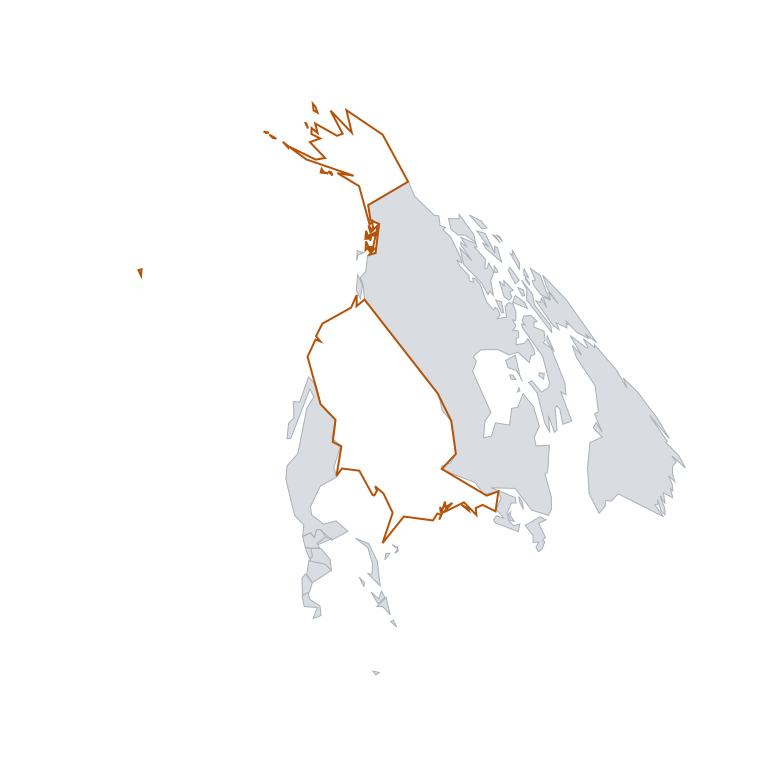 United States of America highlighted on a map of North America, rotated 53°
{"feature_id": "USA", "entity_name": "United States of America", "entity_type": "country or territory", "adm_level": 0, "iso_a3": "USA", "parent_name": "North America", "parent_adm1": "", "projection": "robinson", "projection_center": [-126.716, 45.186], "detail": "medium", "context": "in_parent", "style": "outline", "palette": "amber", "viewbox_px": 768, "rotation_deg": 53, "n_neighbors": 17, "source": "natural_earth", "source_scale": "50m", "svg_char_len": 9391}
<svg xmlns="http://www.w3.org/2000/svg" viewBox="0 0 768 768"><g transform="rotate(53 384 384)"><path d="M304.6,348.8L292.5,341.1L284.8,338.9L283.1,330.8L272.1,320.4L274.4,311.8L253.2,291.6L245.0,296.2L231.6,289.0L237.0,242.7L252.6,246.6L279.3,242.4L282.8,239.1L291.3,243.8L296.0,240.6L296.5,244.2L306.5,242.3L329.1,246.6L334.2,249.0L329.4,251.4L336.1,252.4L348.8,251.0L353.1,253.9L356.7,251.5L352.7,249.4L354.8,247.8L361.9,247.1L380.0,252.6L390.9,252.0L389.7,249.0L392.7,248.2L398.8,249.8L399.9,254.3L404.5,245.8L395.2,240.9L394.0,235.9L397.1,232.6L406.1,235.4L412.6,240.5L410.2,242.8L417.1,243.7L418.6,248.7L422.2,244.9L427.5,248.0L427.6,251.5L432.2,254.8L436.1,247.2L434.4,241.9L445.1,243.0L450.9,245.4L450.3,250.3L454.3,255.2L439.1,257.9L436.2,266.5L425.1,272.3L415.0,286.0L415.6,296.0L421.6,296.8L427.4,305.7L471.1,315.8L474.5,325.8L486.9,336.8L490.3,329.6L482.0,318.3L492.3,308.6L480.3,296.7L483.1,291.3L475.5,278.8L491.7,278.2L511.1,285.2L516.8,295.9L524.9,299.8L532.4,288.8L552.9,306.3L552.8,309.6L575.2,318.5L584.9,325.8L587.8,331.8L573.5,342.0L546.3,342.1L531.5,360.7L553.8,347.5L558.5,350.2L555.6,353.9L561.5,363.9L568.1,366.6L575.2,365.8L577.5,359.7L582.7,365.6L562.0,378.7L558.5,378.3L557.0,373.6L563.4,369.0L551.7,369.9L545.6,359.3L538.6,357.3L532.5,370.6L517.6,370.6L487.8,389.0L484.3,387.4L487.0,378.5L483.1,368.7L454.2,352.6L440.2,353.5L425.3,346.7L304.6,348.8ZM452.5,278.2L454.6,275.8L459.9,275.9L456.6,279.6L452.5,278.2ZM448.7,228.6L443.3,224.6L460.8,228.5L453.3,228.3L448.7,228.6ZM470.7,282.3L468.3,278.5L471.3,279.6L470.7,282.3ZM398.1,218.8L396.8,220.6L387.5,219.0L392.9,216.0L398.1,218.8ZM393.0,208.3L385.5,208.1L384.2,207.0L390.7,207.0L393.0,208.3ZM375.8,202.7L386.1,204.6L381.4,206.9L375.8,202.7ZM444.1,219.1L402.3,219.4L394.9,213.3L383.7,211.5L401.5,211.4L411.6,216.2L437.9,215.8L444.1,219.1ZM332.2,206.1L341.4,206.3L329.9,207.4L332.2,206.1ZM335.5,202.8L341.5,203.8L332.5,204.6L335.5,202.8ZM590.0,336.3L588.3,344.3L603.7,347.4L603.9,351.4L606.6,350.5L610.9,356.8L610.8,361.6L605.7,360.8L603.5,355.6L600.1,360.3L594.9,356.3L581.9,356.4L583.9,339.5L590.0,336.3ZM440.0,261.8L459.3,270.5L465.2,271.8L453.2,269.9L445.7,275.1L438.4,272.7L440.0,261.8ZM446.9,232.0L455.5,228.9L492.3,239.0L502.1,245.2L496.7,247.5L526.6,256.4L523.8,265.4L509.9,258.7L505.4,259.3L506.3,262.0L524.8,273.4L525.2,277.0L508.3,271.7L522.5,280.8L511.1,278.8L483.4,267.0L469.6,267.5L470.6,263.9L485.1,263.2L485.9,254.4L481.8,250.6L457.2,240.6L422.3,239.5L418.8,237.9L421.7,235.8L416.7,235.8L413.9,231.2L417.9,225.3L426.2,224.1L424.8,227.0L428.7,229.9L438.1,224.4L446.1,229.0L446.9,232.0ZM392.2,225.8L403.4,222.8L410.2,223.9L396.2,232.0L392.2,225.8ZM300.5,214.1L312.2,208.3L321.4,207.8L319.1,212.4L300.5,214.1ZM261.3,325.1L266.9,321.3L265.5,327.3L269.0,331.6L261.3,325.1ZM353.8,200.9L369.0,203.0L373.8,206.7L355.8,204.7L358.5,203.5L353.8,200.9ZM301.7,351.5L292.4,349.7L280.8,339.2L292.0,341.7L301.7,351.5ZM293.9,221.9L318.7,222.4L325.9,225.6L313.6,229.9L309.7,235.1L300.6,237.3L290.6,232.9L297.2,224.7L293.9,221.9ZM343.3,211.3L357.3,216.7L336.5,221.3L330.8,220.0L337.4,218.0L317.7,217.8L324.6,212.6L346.2,216.8L340.6,212.8L343.3,211.3ZM350.4,227.4L361.0,229.2L365.9,236.8L379.3,243.3L373.6,243.7L375.4,247.3L362.3,245.3L336.3,248.4L321.2,241.5L338.4,239.7L318.9,238.9L316.9,237.2L324.9,235.4L313.3,234.3L327.1,226.3L330.7,227.2L329.2,229.3L345.3,227.9L352.3,233.9L353.7,232.0L350.4,227.4ZM378.0,229.1L373.5,226.1L387.1,224.3L385.8,227.8L391.6,229.7L392.2,233.8L387.0,235.6L371.2,230.0L378.0,229.1ZM356.1,225.0L360.6,224.9L363.4,225.9L361.0,228.8L356.1,225.0ZM366.6,213.2L382.5,213.5L382.9,218.7L367.8,216.4L366.6,213.2ZM379.8,197.5L391.2,193.9L414.9,200.8L406.9,205.1L394.7,204.9L390.6,203.2L392.1,200.6L379.8,197.5ZM392.5,191.8L426.3,187.7L478.9,189.3L465.0,193.1L471.5,193.0L459.0,198.9L442.6,200.8L447.2,201.4L445.5,202.1L449.4,204.1L438.8,209.6L445.9,211.4L438.7,213.8L409.0,212.6L413.2,209.7L410.1,206.7L421.4,208.2L410.2,204.8L417.1,200.7L409.6,197.2L424.7,196.5L407.0,196.3L392.5,191.8ZM476.2,253.6L470.4,255.3L468.5,252.9L472.0,249.6L476.2,253.6ZM388.9,240.7L399.4,245.6L397.6,247.3L384.2,244.2L388.9,240.7ZM555.0,344.0L562.4,344.9L568.1,348.2L559.8,346.6L555.0,344.0ZM562.2,359.5L564.5,362.2L572.0,362.7L569.1,365.3L562.7,363.0L562.2,359.5Z" fill="#d9dde1" stroke="#a8b0b8" stroke-width="1"/><path d="M555.1,511.8L555.9,521.1L542.3,519.5L552.5,517.6L547.9,510.7L555.1,511.8Z" fill="#d9dde1" stroke="#a8b0b8" stroke-width="1"/><path d="M557.5,523.6L555.7,510.8L572.1,518.0L560.8,519.0L557.5,523.6Z" fill="#d9dde1" stroke="#a8b0b8" stroke-width="1"/><path d="M517.0,474.2L521.8,471.9L522.1,473.3L517.0,474.2ZM522.0,470.8L526.0,473.3L525.7,477.3L524.5,473.6L522.0,470.8ZM520.5,484.6L522.7,481.2L525.0,489.1L520.5,484.6Z" fill="#d9dde1" stroke="#a8b0b8" stroke-width="1"/><path d="M523.3,189.3L543.3,186.3L576.9,186.4L599.1,189.0L569.0,190.7L600.5,192.3L600.2,194.2L618.4,191.7L632.5,193.8L614.7,197.4L622.0,197.6L623.5,203.2L629.7,207.8L637.2,210.5L628.7,212.0L637.6,214.2L643.1,217.7L640.0,218.1L648.6,221.9L639.1,226.4L648.7,231.4L639.4,230.8L652.6,234.7L657.7,238.3L652.3,239.2L640.9,234.9L645.2,237.9L643.4,240.3L658.1,240.7L612.7,263.1L614.2,273.0L610.5,277.0L614.6,280.9L616.7,290.0L595.1,286.2L573.9,272.3L554.7,254.8L557.6,241.7L545.0,243.2L542.3,237.6L553.6,238.8L534.5,233.8L535.3,229.6L512.9,216.6L478.5,214.3L466.3,210.4L480.1,208.9L457.3,206.1L477.2,200.5L477.2,199.0L467.8,197.6L481.8,193.7L479.2,192.2L513.3,190.0L533.8,192.5L523.3,189.3Z" fill="#d9dde1" stroke="#a8b0b8" stroke-width="1"/><path d="M332.9,440.0L344.2,439.0L362.0,446.7L383.2,444.4L396.2,458.3L406.9,455.4L420.6,474.5L429.8,477.3L427.3,496.5L437.8,516.7L445.1,520.6L459.6,516.5L464.5,504.6L479.9,501.5L477.2,519.9L461.9,522.4L459.9,525.6L465.0,532.2L458.8,532.2L456.8,540.8L448.4,532.9L435.3,534.5L400.9,519.7L390.9,510.5L387.8,494.7L356.8,460.1L352.0,447.6L343.5,446.4L371.4,491.3L369.3,494.4L357.8,483.7L357.0,476.5L343.5,467.0L347.7,462.2L332.9,440.0Z" fill="#d9dde1" stroke="#a8b0b8" stroke-width="1"/><path d="M531.0,573.6L528.7,581.7L522.3,571.8L513.8,581.7L504.0,577.0L503.4,569.1L510.9,573.0L522.7,568.7L531.0,573.6Z" fill="#d9dde1" stroke="#a8b0b8" stroke-width="1"/><path d="M505.3,568.6L503.4,576.1L489.9,566.5L488.4,561.2L499.6,560.9L505.3,568.6Z" fill="#d9dde1" stroke="#a8b0b8" stroke-width="1"/><path d="M499.6,560.9L489.4,560.1L479.4,549.9L492.5,539.3L501.1,538.2L499.6,560.9Z" fill="#d9dde1" stroke="#a8b0b8" stroke-width="1"/><path d="M501.1,538.2L492.5,539.3L481.2,549.5L470.9,541.4L477.6,533.3L491.8,532.6L501.1,538.2Z" fill="#d9dde1" stroke="#a8b0b8" stroke-width="1"/><path d="M470.9,541.4L479.0,545.0L478.2,548.5L467.4,545.3L470.9,541.4Z" fill="#d9dde1" stroke="#a8b0b8" stroke-width="1"/><path d="M456.8,540.8L458.8,532.2L465.0,532.2L459.9,525.6L461.9,522.4L471.0,522.5L471.1,533.2L476.1,534.1L470.9,541.4L467.4,545.3L456.8,540.8Z" fill="#d9dde1" stroke="#a8b0b8" stroke-width="1"/><path d="M471.0,522.5L475.9,519.4L472.6,533.2L471.1,533.2L471.0,522.5Z" fill="#d9dde1" stroke="#a8b0b8" stroke-width="1"/><path d="M578.1,518.5L585.6,520.1L577.9,521.7L578.1,518.5Z" fill="#d9dde1" stroke="#a8b0b8" stroke-width="1"/><path d="M523.5,520.1L530.4,519.1L534.0,522.0L523.5,520.1Z" fill="#d9dde1" stroke="#a8b0b8" stroke-width="1"/><path d="M502.4,492.3L521.7,496.1L542.9,508.6L525.7,511.0L528.7,507.9L520.3,501.2L505.0,495.4L489.9,499.6L502.4,492.3Z" fill="#d9dde1" stroke="#a8b0b8" stroke-width="1"/><path d="M606.6,565.7L611.5,561.4L611.6,565.6L606.6,565.7Z" fill="#d9dde1" stroke="#a8b0b8" stroke-width="1"/><path d="M486.6,389.0L534.9,369.2L538.6,357.2L552.8,371.6L539.9,378.0L538.3,385.4L544.2,389.0L526.6,391.4L522.3,414.2L520.1,401.0L519.4,409.0L514.7,406.1L520.8,414.8L520.3,415.1L519.0,413.8L516.0,413.2L520.0,415.6L522.3,415.5L525.6,421.6L522.8,417.0L519.6,419.4L522.4,427.1L501.8,447.9L510.2,480.9L492.1,454.6L471.1,450.3L460.4,452.6L465.0,453.9L467.2,458.7L465.6,459.9L438.4,455.9L426.2,468.4L428.8,477.3L408.2,455.6L399.5,459.8L383.5,444.3L361.9,446.8L316.2,428.6L307.3,412.0L311.7,409.2L304.9,409.5L298.7,396.9L303.2,364.3L296.5,352.2L305.4,359.1L304.8,348.8L423.9,346.8L454.2,352.6L483.1,368.7L486.6,389.0ZM274.3,311.9L271.9,317.8L270.2,310.9L267.1,312.0L265.6,313.6L268.1,310.3L253.5,293.5L254.2,299.6L246.9,295.5L248.1,299.6L211.0,284.8L187.5,294.3L199.4,282.9L157.9,310.9L136.4,317.4L163.7,303.5L168.1,295.0L146.2,297.6L149.6,287.1L140.7,291.5L136.0,287.8L143.5,286.0L134.5,282.2L157.5,272.1L159.2,266.4L133.5,262.2L163.9,258.5L142.8,249.2L184.0,235.0L236.9,243.0L231.6,289.0L245.1,296.2L253.2,291.6L274.3,311.9ZM182.4,301.8L177.0,307.3L174.6,304.4L178.7,304.5L182.4,301.8ZM259.3,312.5L265.4,314.0L265.9,318.0L259.3,312.5ZM151.3,512.8L145.3,511.6L146.5,508.6L151.3,512.8ZM117.4,272.2L121.4,271.9L127.3,273.8L123.1,275.6L117.4,272.2ZM248.2,301.1L254.7,300.8L254.6,303.6L248.2,301.1ZM129.7,289.4L134.2,290.9L127.3,289.5L129.7,289.4ZM250.9,306.1L255.7,307.6L255.3,310.2L250.9,306.1ZM256.5,305.8L257.6,300.2L259.2,302.9L256.5,305.8ZM129.6,319.0L136.2,317.5L137.3,318.3L129.6,319.0ZM269.2,311.6L269.4,315.5L266.8,315.4L269.2,311.6ZM534.4,391.9L536.2,392.4L527.1,394.8L534.4,391.9ZM258.8,305.8L261.5,308.9L258.4,306.1L258.8,305.8ZM115.9,325.5L123.3,322.3L120.5,324.7L115.9,325.5ZM183.2,298.7L186.5,299.6L180.7,300.5L183.2,298.7ZM256.7,307.0L259.3,307.9L257.3,310.9L256.7,307.0ZM114.1,324.6L112.6,327.0L109.9,328.2L114.1,324.6Z" fill="none" stroke="#b45309" stroke-width="2"/></g></svg>